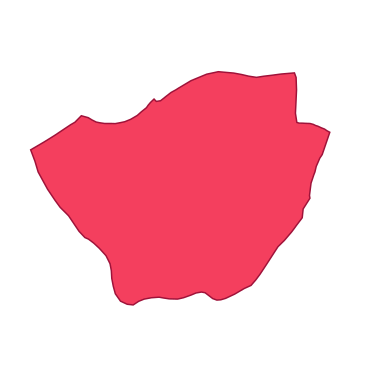 Saniuta, Tuvalu (Robinson projection), rotated 347°
{"feature_id": "33948139B55314492398689", "entity_name": "Saniuta", "entity_type": "district", "adm_level": 2, "iso_a3": "TUV", "parent_name": "Tuvalu", "parent_adm1": "", "projection": "robinson", "projection_center": [178.686, -7.494], "detail": "fine", "context": "isolated", "style": "filled", "palette": "rose", "viewbox_px": 384, "rotation_deg": 347, "n_neighbors": 0, "source": "geoboundaries", "source_scale": "gbopen_adm2", "svg_char_len": 1525}
<svg xmlns="http://www.w3.org/2000/svg" viewBox="0 0 384 384"><g transform="rotate(347 192 192)"><path d="M44.3,114.6L45.9,126.7L46.6,137.9L51.9,156.8L56.8,169.6L60.1,177.3L66.4,187.4L73.1,204.9L77.4,212.3L80.5,214.6L84.6,219.5L88.9,225.8L93.9,234.7L96.0,243.4L95.7,250.6L94.4,258.1L94.1,266.1L94.4,273.9L97.8,282.3L103.6,286.8L109.3,288.8L115.5,286.5L121.3,285.6L128.6,285.9L136.3,287.1L140.5,288.9L145.8,291.0L153.9,293.1L160.0,293.1L167.9,292.2L173.2,291.3L178.7,291.6L182.1,293.1L185.0,296.6L188.2,300.5L191.9,302.9L195.8,303.5L200.8,303.2L210.6,301.1L221.1,297.8L228.5,296.3L234.5,291.9L239.8,287.4L248.0,279.6L263.5,264.6L271.2,259.9L280.1,253.3L282.5,251.3L286.4,247.9L293.6,241.9L296.5,233.5L305.5,224.6L305.7,221.8L307.6,216.6L310.0,210.1L312.4,206.2L314.4,202.9L316.3,200.1L318.8,195.0L321.7,191.1L324.1,187.8L327.3,184.8L339.7,164.8L337.3,162.7L335.3,160.5L332.4,158.5L329.3,156.1L327.5,155.1L325.4,153.4L322.4,151.8L318.3,150.7L314.8,149.7L311.9,149.0L309.8,147.8L310.5,138.5L312.8,130.4L316.8,116.1L319.2,103.8L318.6,99.0L305.4,97.1L295.9,96.2L287.6,95.3L280.6,94.8L273.1,91.8L266.8,88.7L259.4,85.5L244.7,80.7L232.8,80.5L216.1,83.3L202.7,87.6L199.3,88.8L194.0,90.3L188.4,92.9L181.9,96.0L177.6,95.7L175.9,92.9L171.7,95.4L168.9,97.5L166.6,99.6L160.8,102.4L155.9,105.1L148.5,107.4L142.2,108.4L137.3,108.3L132.6,108.1L128.8,107.1L122.3,105.6L117.7,103.8L114.4,102.3L110.9,99.4L107.6,96.2L101.3,92.8L93.6,97.7L89.0,99.1L70.8,106.0L59.1,110.0L44.3,114.6Z" fill="#f43f5e" stroke="#9f1239" stroke-width="1.5"/></g></svg>